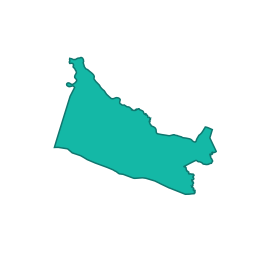 Beruri, Amazonas, Brazil (Mercator projection), rotated 63°
{"feature_id": "56859067B395012046701", "entity_name": "Beruri", "entity_type": "district", "adm_level": 2, "iso_a3": "BRA", "parent_name": "Brazil", "parent_adm1": "Amazonas", "projection": "mercator", "projection_center": [-61.816, -4.541], "detail": "fine", "context": "isolated", "style": "filled", "palette": "teal", "viewbox_px": 256, "rotation_deg": 63, "n_neighbors": 0, "source": "geoboundaries", "source_scale": "gbopen_adm2", "svg_char_len": 5747}
<svg xmlns="http://www.w3.org/2000/svg" viewBox="0 0 256 256"><g transform="rotate(63 128 128)"><path d="M162.2,58.7L162.7,59.3L162.9,59.8L163.6,60.9L164.6,62.5L165.8,64.7L166.5,66.8L166.7,68.1L168.5,70.9L169.2,71.9L169.6,72.3L170.6,73.3L170.8,73.7L171.0,74.1L171.0,74.4L170.8,74.8L170.6,75.2L170.2,75.5L169.2,76.2L168.6,76.5L167.4,76.7L166.1,77.6L165.4,78.3L163.4,80.8L162.5,82.1L161.8,83.2L161.2,83.8L160.2,84.4L157.8,87.0L157.3,87.3L156.0,89.0L155.0,89.9L154.6,90.7L154.2,92.6L153.8,94.4L153.2,95.4L151.7,97.4L149.7,100.2L148.9,101.3L146.7,104.1L146.1,104.6L145.7,104.7L145.0,104.8L144.6,104.7L142.3,103.8L141.6,103.7L140.9,103.7L140.2,103.8L139.4,104.2L138.7,104.6L136.6,106.3L135.9,106.2L135.3,106.3L135.0,106.4L134.5,106.5L133.3,106.4L133.1,106.4L132.9,106.2L132.6,106.1L132.2,106.2L131.9,106.1L132.0,105.7L132.0,105.4L131.7,105.4L131.5,105.6L131.2,105.5L130.9,105.1L130.8,104.3L130.4,104.2L130.1,104.3L129.9,104.4L129.7,104.1L129.7,103.8L129.5,103.5L129.3,103.8L129.1,104.1L128.3,104.2L128.1,104.3L127.5,105.4L127.2,105.5L126.9,105.4L126.3,105.1L125.9,105.0L125.4,105.1L124.6,105.5L124.5,106.1L124.3,106.2L124.1,106.0L124.0,105.7L123.8,105.5L123.5,105.6L123.2,105.9L123.2,106.2L123.5,106.5L123.4,106.8L123.1,107.0L122.9,107.1L122.3,107.2L121.6,107.1L121.0,107.0L120.2,107.0L119.5,107.2L117.8,108.5L117.4,108.9L117.2,109.1L116.8,109.3L116.4,109.3L115.9,109.4L115.6,110.0L115.7,110.3L115.6,110.5L115.7,110.9L115.5,111.0L115.4,111.2L115.4,111.4L115.5,111.8L115.1,111.7L115.0,112.1L115.0,112.4L115.5,113.1L115.2,113.2L115.2,113.5L115.4,114.0L115.3,114.3L115.1,114.6L114.7,115.0L114.7,115.4L114.5,115.6L114.2,115.8L113.5,116.5L113.3,116.3L113.2,116.0L112.9,116.1L111.9,116.6L110.5,117.1L109.8,117.6L109.5,117.9L109.0,118.7L108.6,119.3L105.8,120.9L105.5,121.8L105.2,122.4L104.9,122.7L104.7,122.9L104.4,123.1L103.8,123.3L103.0,123.9L102.2,124.1L101.6,123.9L100.8,123.5L99.9,122.6L99.2,122.1L98.5,122.1L97.8,122.3L97.0,122.8L96.6,123.2L96.2,123.7L95.7,124.5L95.5,125.2L95.3,127.4L95.1,128.1L94.7,128.8L94.3,129.3L93.7,129.8L92.5,130.2L91.9,130.5L90.4,131.0L89.7,131.3L88.2,131.8L85.9,132.1L85.2,132.1L84.6,132.2L83.7,132.4L82.9,132.8L81.0,133.5L80.2,133.7L78.8,134.0L78.1,134.0L77.3,134.0L76.6,134.1L71.8,135.6L70.3,135.8L69.3,136.0L68.5,135.9L67.0,134.8L66.4,134.6L65.7,134.6L64.9,134.6L63.2,135.1L61.1,136.0L59.6,136.7L58.9,136.9L58.1,137.3L57.5,137.6L57.1,138.0L55.9,138.8L53.1,139.1L52.6,138.8L52.2,138.8L49.5,138.3L48.7,137.4L46.8,136.7L45.0,136.8L43.8,137.8L43.6,139.8L43.2,140.4L43.1,140.8L43.0,141.6L43.1,143.7L42.4,145.2L42.1,145.7L40.7,146.8L39.5,148.3L40.2,148.8L40.7,149.1L41.9,149.4L42.2,149.7L42.4,150.3L42.7,150.4L43.2,150.5L43.8,150.6L44.0,150.6L44.3,150.1L44.3,149.8L44.4,149.4L44.6,149.2L44.8,148.7L45.0,148.4L45.3,148.2L45.7,147.9L46.4,147.8L47.2,147.9L47.5,148.1L47.6,148.4L48.1,148.8L48.6,149.1L48.9,149.2L49.2,149.1L49.4,148.8L49.7,148.8L50.0,148.7L50.2,148.8L50.5,148.7L51.2,148.5L52.9,148.6L53.4,148.3L53.9,148.5L55.2,148.8L55.6,149.0L55.8,149.5L56.4,150.3L56.6,150.5L56.7,150.9L57.4,151.7L57.6,151.9L57.8,151.9L58.0,152.2L58.6,152.3L58.7,152.5L58.9,152.6L59.2,152.5L61.5,151.9L62.1,152.0L62.7,152.5L63.1,153.1L63.8,155.0L64.0,156.5L64.0,157.2L63.9,157.8L63.5,158.4L62.9,158.9L61.7,159.6L61.2,160.0L60.7,160.7L60.5,161.3L60.6,162.0L60.9,162.6L61.5,163.0L62.2,163.1L62.9,162.9L63.5,162.5L64.1,162.1L64.6,161.4L64.8,160.8L65.3,158.4L65.7,157.8L66.2,157.5L66.9,157.3L67.7,157.2L73.5,165.2L105.7,196.5L111.9,202.4L113.6,198.9L118.9,191.6L119.3,191.2L124.8,189.0L130.3,183.6L131.4,182.6L134.5,180.6L137.6,178.7L144.3,173.1L153.9,164.2L158.5,160.3L160.5,159.1L161.3,158.4L164.4,156.9L165.0,156.4L167.0,153.4L175.1,146.0L175.9,144.9L178.9,137.8L180.8,135.0L187.3,128.2L191.1,125.3L192.0,124.7L200.1,118.5L200.8,117.8L213.1,107.0L214.9,103.1L215.7,100.8L216.5,99.0L216.3,98.9L216.1,98.6L216.2,98.4L215.9,98.2L215.7,98.0L216.0,97.8L215.8,97.6L215.6,97.4L215.1,97.6L214.8,97.7L214.6,97.6L214.8,97.3L214.8,97.1L214.0,96.6L213.7,96.8L213.6,97.5L213.1,98.0L212.8,98.0L212.5,97.8L212.3,97.4L212.1,97.3L211.7,96.9L211.3,96.9L210.7,97.3L210.2,97.5L209.9,97.6L209.8,97.9L209.5,97.9L209.2,97.7L208.9,97.7L209.1,97.5L209.1,97.2L208.9,96.5L208.7,96.3L208.5,96.2L207.9,96.1L207.6,96.1L207.5,95.9L207.1,95.0L206.9,94.7L206.7,94.6L205.8,94.4L205.3,95.1L204.9,94.9L204.5,94.8L204.2,94.9L204.0,95.1L203.7,95.0L203.4,94.7L203.1,94.5L203.2,94.3L203.5,94.1L203.7,93.4L203.5,92.8L203.2,92.6L202.9,92.3L202.6,92.2L202.4,92.3L201.8,92.4L201.5,92.3L201.4,92.5L201.1,92.4L201.1,92.2L200.9,91.9L200.7,91.6L200.4,91.6L200.3,91.1L200.1,91.1L200.1,90.8L199.9,90.8L199.6,90.6L198.7,90.9L198.5,91.3L198.3,91.5L198.2,91.8L198.2,92.2L197.7,92.5L197.3,93.0L197.0,93.9L196.7,94.1L196.5,94.5L196.3,94.7L196.0,94.6L195.4,94.1L195.0,93.9L194.6,94.0L194.4,94.4L194.2,94.5L193.9,94.4L193.7,94.5L193.4,94.6L193.3,95.0L193.0,95.1L192.2,95.1L192.1,94.9L191.6,95.0L190.9,94.7L190.6,94.7L190.1,94.5L189.7,94.5L189.5,94.3L188.6,94.6L188.4,94.7L187.9,95.3L188.0,95.5L187.7,95.5L187.6,89.8L187.6,84.1L187.7,82.2L188.1,81.7L188.6,81.4L189.3,81.1L189.8,80.8L190.2,80.3L190.5,79.7L190.9,79.2L192.0,78.3L192.5,77.9L193.2,77.8L193.8,77.6L194.3,77.2L194.8,76.7L195.5,75.5L196.0,75.1L196.5,73.9L196.8,73.3L196.8,72.6L196.9,72.0L196.9,71.3L197.0,70.4L197.3,69.7L195.9,67.6L195.2,67.5L194.5,67.6L193.9,67.4L193.2,67.6L192.1,67.7L191.7,67.7L191.4,67.5L190.8,67.5L190.6,67.3L190.4,67.0L190.1,67.0L189.7,67.2L189.3,67.2L189.0,67.2L188.6,66.7L189.1,66.3L189.0,66.0L189.0,65.6L189.3,65.5L189.6,65.3L189.6,65.1L189.4,64.9L189.4,64.5L189.3,64.3L188.9,64.1L187.9,64.2L187.9,63.9L188.1,63.4L188.6,63.0L188.9,62.5L189.0,62.1L189.1,61.7L189.1,61.0L189.0,60.1L188.7,60.0L174.0,59.6L167.7,53.6L164.4,56.3L163.2,57.4L162.3,58.5L162.2,58.7Z" fill="#14b8a6" stroke="#0f766e" stroke-width="1.5"/></g></svg>